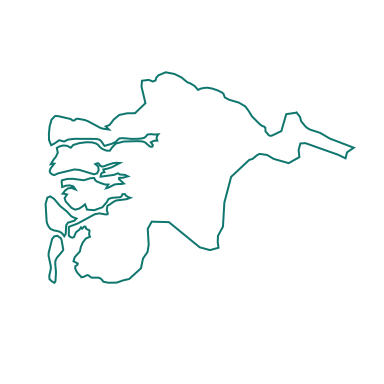 the State of Rivers, rotated 100°
{"feature_id": "NGA-2844", "entity_name": "Rivers", "entity_type": "State", "adm_level": 1, "iso_a3": "NGA", "parent_name": "Nigeria", "parent_adm1": "", "projection": "natural_earth1", "projection_center": [6.981, 5.031], "detail": "fine", "context": "isolated", "style": "outline", "palette": "teal", "viewbox_px": 384, "rotation_deg": 100, "n_neighbors": 0, "source": "natural_earth", "source_scale": "10m", "svg_char_len": 4594}
<svg xmlns="http://www.w3.org/2000/svg" viewBox="0 0 384 384"><g transform="rotate(100 192 192)"><path d="M295.7,263.9L294.6,264.8L293.2,266.8L292.6,268.9L293.1,272.2L293.6,274.6L293.6,276.8L292.1,279.4L292.0,280.7L294.6,284.3L295.2,286.2L294.6,286.7L291.5,290.8L289.7,292.4L287.5,293.8L285.4,294.0L283.6,292.1L282.3,292.1L280.7,296.7L276.6,296.2L270.0,292.1L265.3,291.9L260.4,290.7L256.2,288.4L253.8,284.7L252.6,285.5L251.4,286.0L247.9,286.2L247.3,286.8L247.1,288.4L246.5,289.9L244.7,290.8L244.7,292.1L245.9,293.0L247.2,293.8L246.1,295.2L248.5,296.2L251.7,299.2L256.9,300.4L257.8,301.9L257.5,303.8L256.4,305.7L247.9,307.2L247.0,306.1L242.8,299.0L230.8,283.9L229.1,279.4L229.1,273.4L228.6,271.3L227.4,271.3L224.7,272.8L220.6,272.9L220.0,272.6L218.4,270.6L215.0,267.3L213.5,265.1L210.4,255.1L208.4,251.8L208.1,253.9L207.2,256.0L206.2,257.5L205.7,257.8L206.2,260.0L207.2,260.4L208.5,260.6L209.7,262.1L211.6,269.7L213.3,272.9L216.8,274.2L222.6,277.6L226.9,285.1L227.6,292.3L222.7,295.2L225.1,297.2L228.0,300.3L229.7,304.1L228.5,308.0L223.3,314.7L220.1,316.4L216.1,314.6L216.0,318.0L216.1,319.1L212.6,317.2L210.0,314.8L208.9,311.5L209.7,307.2L207.1,309.8L206.7,313.5L207.7,317.4L209.7,320.7L204.5,322.2L203.1,322.2L200.8,317.1L199.7,311.6L199.2,300.5L196.1,294.5L195.2,290.8L197.3,289.2L198.2,287.4L199.1,283.3L199.7,278.8L199.2,275.7L200.2,276.2L201.9,276.6L203.1,277.1L201.9,274.6L198.1,269.7L197.3,267.3L196.3,262.6L195.5,260.6L191.9,266.2L190.7,266.2L190.0,262.6L187.7,257.8L186.8,261.1L187.3,266.3L186.4,268.1L188.6,271.6L192.8,284.7L190.8,284.7L189.5,284.4L188.5,283.6L187.7,281.7L187.0,282.3L185.2,283.2L183.5,278.9L181.5,275.2L176.0,268.1L176.4,271.8L177.3,274.7L180.0,280.0L181.5,282.3L182.2,283.7L182.6,285.4L181.8,287.3L180.5,288.4L179.9,289.7L181.3,292.1L183.2,288.8L186.7,287.7L190.1,288.7L191.6,291.5L189.8,306.6L190.2,311.7L196.9,327.1L199.3,330.6L199.0,332.7L197.9,334.8L196.1,335.8L193.6,335.4L191.5,334.4L188.0,332.5L188.1,333.5L188.4,334.5L189.0,335.8L184.9,334.3L180.7,332.1L176.5,331.0L172.1,332.8L170.0,330.2L168.5,326.8L168.2,322.9L169.5,319.1L166.3,317.1L163.4,311.4L161.3,304.5L160.5,299.0L160.9,295.0L161.8,292.8L163.1,291.3L164.5,289.2L165.4,287.0L166.1,283.4L165.6,280.1L162.4,278.7L157.6,275.5L154.2,268.2L151.4,254.6L150.8,249.3L151.4,246.5L153.4,243.4L154.7,240.8L154.2,238.9L152.5,238.7L150.2,241.2L148.4,238.7L147.8,237.1L147.5,235.1L145.8,236.0L144.3,236.3L142.7,236.0L141.0,235.1L141.9,238.8L142.2,242.7L143.2,245.9L145.6,247.2L147.2,248.8L148.6,252.7L150.2,260.6L150.9,268.8L151.7,272.6L153.4,274.2L155.8,275.7L158.3,279.1L161.8,286.2L157.6,290.4L156.6,292.1L156.3,295.2L160.0,316.8L161.9,323.2L164.5,326.7L164.1,331.8L167.9,335.6L170.4,338.8L165.7,341.8L159.7,343.0L152.2,343.6L145.2,342.9L141.0,340.1L140.5,337.0L141.2,324.1L142.1,322.5L142.3,321.4L141.9,320.3L140.1,318.6L139.7,317.7L139.7,310.1L140.4,306.6L144.7,293.5L145.1,291.1L144.9,284.7L142.4,288.3L140.3,284.8L134.1,281.6L128.7,276.9L125.8,269.7L124.3,261.8L112.6,253.3L97.0,260.0L91.1,260.6L89.1,254.0L90.0,249.8L88.5,247.3L85.6,247.0L83.0,245.4L78.7,238.8L78.8,229.9L80.9,222.4L84.7,215.8L85.3,212.6L87.1,207.9L90.4,203.7L88.9,201.7L87.9,199.5L87.1,197.1L86.6,194.7L86.6,190.2L87.4,184.7L88.7,180.1L89.8,178.1L93.2,176.1L94.7,171.5L95.8,161.5L98.4,154.5L102.5,150.1L107.1,146.1L113.5,137.0L114.6,134.7L115.1,132.3L115.9,131.0L119.5,130.1L120.3,129.4L120.6,128.7L122.4,126.8L123.0,125.6L123.0,124.1L122.5,123.0L121.9,122.1L116.5,114.6L99.0,112.7L95.8,103.2L95.5,102.8L96.6,101.8L98.5,99.5L99.6,98.5L103.0,97.0L104.0,96.1L107.8,91.6L109.2,89.1L110.1,86.3L110.9,80.3L111.6,75.8L115.4,65.7L120.3,40.4L126.0,46.2L132.2,46.7L130.0,54.3L124.2,88.8L125.4,93.7L132.1,94.3L139.0,92.3L146.8,101.8L145.2,117.3L142.5,124.4L142.7,132.0L144.5,134.4L149.0,138.2L150.3,141.1L170.3,156.1L196.9,158.3L220.7,155.5L230.7,158.8L236.7,158.0L242.3,156.2L246.1,164.2L245.1,174.9L225.7,209.5L228.2,226.5L235.9,229.2L251.4,225.5L258.8,225.4L266.0,228.7L276.0,229.0L288.6,238.8L290.9,244.3L294.3,250.4L295.9,258.7L295.7,263.9ZM246.6,310.1L255.2,309.1L257.7,310.1L255.4,312.5L254.2,315.1L253.8,318.0L253.8,321.4L253.0,324.8L251.2,327.0L248.7,328.9L246.0,330.1L229.2,334.1L222.7,333.5L220.9,330.9L222.7,326.7L228.8,319.3L233.0,311.7L236.7,306.9L237.5,304.8L238.2,301.1L240.8,303.0L243.7,308.8L246.6,310.1ZM297.1,311.7L303.4,311.0L305.3,311.7L304.3,314.6L302.6,317.2L299.3,318.0L292.1,317.7L289.2,318.3L279.7,322.2L276.5,322.6L262.5,321.6L259.6,319.9L258.5,317.0L260.3,313.1L262.2,312.0L271.3,308.7L273.5,309.7L280.3,313.7L283.6,314.6L287.0,314.1L293.8,312.2L297.1,311.7Z" fill="none" stroke="#0f766e" stroke-width="2"/></g></svg>